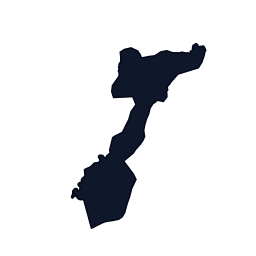 Anambra East, Anambra, Nigeria (orthographic projection), rotated 205°
{"feature_id": "59680162B18196869714953", "entity_name": "Anambra East", "entity_type": "district", "adm_level": 2, "iso_a3": "NGA", "parent_name": "Nigeria", "parent_adm1": "Anambra", "projection": "orthographic", "projection_center": [6.879, 6.476], "detail": "fine", "context": "isolated", "style": "filled", "palette": "ink", "viewbox_px": 256, "rotation_deg": 205, "n_neighbors": 0, "source": "geoboundaries", "source_scale": "gbopen_adm2", "svg_char_len": 2412}
<svg xmlns="http://www.w3.org/2000/svg" viewBox="0 0 256 256"><g transform="rotate(205 128 128)"><path d="M99.0,84.7L103.7,88.5L117.2,95.7L117.8,96.4L117.8,96.6L112.7,107.4L112.1,111.5L109.9,119.0L109.3,123.0L109.3,127.2L112.8,132.5L114.2,137.9L115.1,143.9L115.2,149.1L116.4,155.3L115.7,160.9L114.5,162.3L113.7,164.7L112.4,165.8L107.2,167.0L105.9,172.6L107.6,176.0L108.6,177.1L108.3,178.1L108.1,179.4L109.2,180.6L109.8,182.5L109.3,184.1L108.6,186.4L108.7,187.3L105.6,197.9L89.7,212.3L88.9,218.8L89.6,225.7L90.6,229.7L90.3,231.2L91.1,231.7L91.7,232.6L92.8,233.3L93.7,234.0L94.8,234.1L95.3,233.0L95.8,232.9L96.4,232.6L96.9,232.6L97.1,232.1L97.9,231.8L98.9,231.7L99.4,232.2L100.0,232.8L101.0,233.1L101.5,233.2L101.9,233.2L102.5,232.9L102.5,232.3L102.2,231.3L103.4,231.1L103.4,230.8L103.6,230.6L103.9,230.4L103.8,229.5L103.2,229.4L103.3,228.6L103.4,228.1L102.4,227.8L102.7,227.3L102.5,227.2L103.0,226.9L102.8,226.4L102.7,225.6L102.7,225.1L103.1,224.5L103.3,224.4L103.0,224.0L103.4,223.8L103.9,223.6L103.4,222.6L103.5,221.4L105.6,221.5L105.6,220.9L110.2,219.7L111.6,219.3L112.9,217.9L119.6,215.0L125.6,214.4L130.5,210.7L133.0,206.6L134.2,204.8L137.7,202.5L138.0,202.5L145.4,197.1L146.3,198.0L149.1,200.5L150.2,200.7L151.7,201.9L159.1,201.9L164.4,197.7L167.1,193.5L164.5,189.2L162.5,184.8L162.8,184.0L163.1,182.3L162.6,181.2L162.2,179.1L161.0,177.9L161.1,177.2L160.9,177.0L160.9,176.9L160.9,176.7L161.0,176.7L160.9,176.2L160.8,175.8L160.6,175.3L159.6,174.6L158.0,171.4L160.0,159.8L158.1,154.1L154.0,149.6L144.3,154.6L137.0,158.5L130.6,152.6L132.1,144.1L130.8,135.9L131.1,129.3L131.1,124.4L131.2,121.7L136.9,114.5L136.9,114.3L137.8,112.8L135.3,100.4L133.6,97.9L135.5,93.8L135.6,91.8L136.4,91.3L137.4,91.4L139.1,92.4L141.6,91.8L142.7,90.7L142.6,89.3L140.1,87.3L139.4,85.9L140.4,84.0L143.6,82.1L145.5,77.1L149.8,72.0L149.4,71.0L146.7,66.4L148.3,62.7L148.2,61.1L147.5,59.5L147.5,58.5L148.5,58.3L149.6,56.8L149.1,55.2L147.7,54.5L146.4,54.0L145.9,52.9L145.9,50.7L146.3,50.1L147.2,50.1L148.2,51.3L149.6,51.3L150.9,49.9L151.4,47.5L150.5,45.4L150.1,45.1L150.3,43.0L149.8,41.3L148.6,41.1L148.0,42.8L147.2,44.1L146.1,44.2L145.3,44.0L144.7,43.4L143.9,43.0L142.4,42.7L140.8,42.9L138.7,44.1L137.4,43.8L118.9,21.9L118.5,22.0L115.8,25.4L111.7,30.7L108.6,33.9L103.1,37.5L98.1,41.2L95.8,44.9L95.3,50.2L96.0,53.9L96.8,59.1L96.9,59.8L97.6,66.6L99.1,74.6L99.1,81.4L99.0,84.7Z" fill="#0f172a" stroke="#020617" stroke-width="1.5"/></g></svg>